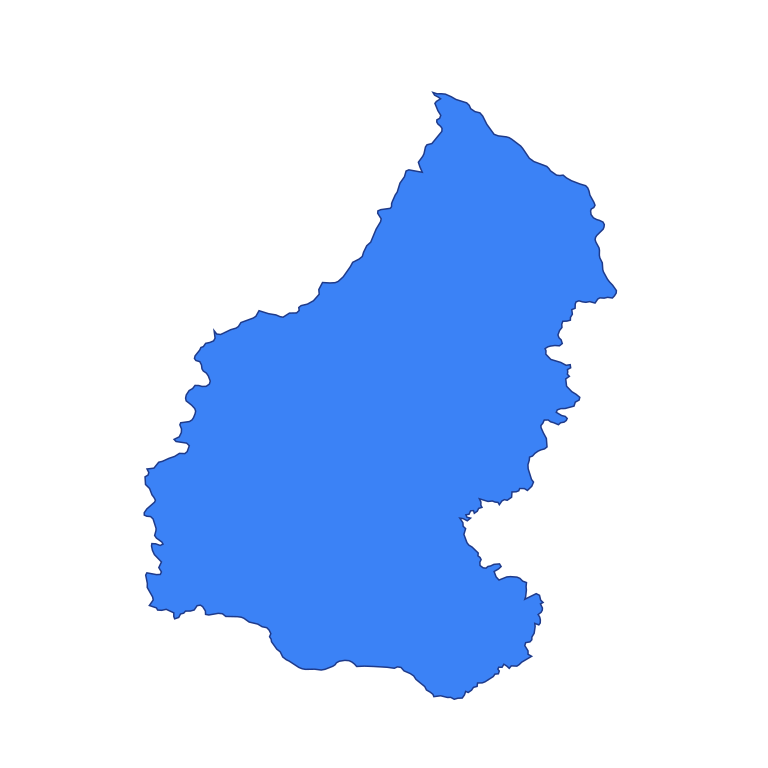 Pontal do Araguaia, Mato Grosso, Brazil, rotated 284°
{"feature_id": "56859067B86336317934865", "entity_name": "Pontal do Araguaia", "entity_type": "district", "adm_level": 2, "iso_a3": "BRA", "parent_name": "Brazil", "parent_adm1": "Mato Grosso", "projection": "equal_earth", "projection_center": [-52.708, -15.917], "detail": "fine", "context": "isolated", "style": "filled", "palette": "blue", "viewbox_px": 768, "rotation_deg": 284, "n_neighbors": 0, "source": "geoboundaries", "source_scale": "gbopen_adm2", "svg_char_len": 6149}
<svg xmlns="http://www.w3.org/2000/svg" viewBox="0 0 768 768"><g transform="rotate(284 384 384)"><path d="M322.3,194.9L319.8,196.1L316.9,202.5L314.4,206.3L312.1,207.8L309.5,207.9L305.2,207.3L302.7,206.4L300.5,204.3L297.2,196.1L295.0,195.8L291.4,198.4L287.9,199.1L283.2,198.1L279.5,193.7L277.9,196.1L278.9,206.8L277.0,210.0L270.8,209.4L268.3,207.6L267.2,202.3L263.1,198.4L259.9,193.4L255.3,187.6L253.6,184.3L246.7,181.1L244.2,174.6L241.2,177.2L238.6,177.1L236.1,174.6L228.8,176.9L225.9,181.8L220.3,185.7L218.3,188.2L216.0,190.3L213.9,190.0L205.4,184.1L201.1,182.5L198.8,183.1L198.3,185.8L198.9,189.6L197.2,192.6L188.7,197.8L186.5,198.2L181.5,198.1L179.4,200.5L176.9,206.7L175.2,208.3L173.2,205.9L173.7,201.1L173.0,197.4L170.6,197.6L166.5,199.6L162.9,202.5L157.5,211.1L151.4,209.9L147.8,213.5L145.1,213.0L144.0,209.4L143.4,199.6L140.9,199.0L133.3,202.6L129.3,203.5L121.4,211.0L118.6,212.3L112.3,209.9L111.7,217.4L109.9,219.0L110.6,223.0L112.7,227.2L111.1,235.4L107.5,236.3L105.5,237.7L107.8,241.3L111.6,242.2L113.2,245.1L115.6,246.3L116.9,251.1L118.8,254.5L123.7,256.3L125.0,259.4L124.1,261.9L120.6,265.6L117.3,266.6L117.5,269.9L121.4,278.7L122.0,282.8L120.2,286.7L122.8,298.2L123.2,302.0L122.8,304.7L120.4,310.7L120.5,319.6L119.0,324.5L119.2,329.2L117.4,332.1L114.4,334.6L111.1,334.1L109.1,336.2L106.7,337.2L100.8,344.1L99.0,348.1L94.6,351.8L92.8,356.0L92.2,359.0L88.4,369.9L87.9,373.5L88.1,376.7L90.5,385.7L91.3,392.3L92.9,395.8L97.8,402.7L99.8,404.5L102.0,405.3L104.2,407.7L106.4,412.9L107.1,417.1L106.4,420.3L105.1,423.2L103.3,425.8L105.5,433.2L107.4,442.2L109.9,455.5L110.7,462.8L112.8,465.5L113.1,469.1L110.5,472.8L109.4,479.5L108.0,483.4L105.1,486.5L100.3,496.7L97.4,499.2L96.1,503.6L94.7,506.6L92.7,508.0L95.2,514.4L95.2,521.4L96.1,524.6L95.1,528.4L97.0,531.7L98.2,535.9L101.8,537.3L105.5,537.6L105.0,540.3L108.1,543.0L111.3,544.2L113.1,547.5L116.5,547.1L117.8,551.7L119.5,554.1L126.6,560.8L129.3,561.8L130.5,565.1L133.4,565.3L134.9,563.4L137.0,563.9L137.7,567.1L141.1,568.1L140.0,571.4L138.4,574.3L141.3,575.7L142.4,581.2L144.5,583.1L147.4,584.9L155.5,593.1L156.6,589.2L159.9,588.3L164.2,583.9L167.3,584.0L169.1,588.0L171.6,589.3L174.2,588.7L178.5,590.0L185.3,589.3L188.2,588.2L187.7,592.5L189.9,593.4L192.9,592.8L195.5,591.5L197.6,589.3L200.5,591.7L202.9,592.3L205.0,591.9L208.5,589.0L210.5,591.2L212.2,588.3L216.6,586.0L217.4,582.4L209.2,572.7L211.8,572.9L218.6,572.0L221.7,570.9L225.8,570.3L226.3,566.2L228.3,562.9L228.8,559.7L227.7,553.3L226.5,549.8L221.6,543.0L224.0,539.4L228.7,536.2L232.3,539.9L235.2,541.8L237.4,539.6L235.6,534.3L233.2,531.4L232.1,529.0L230.0,527.5L229.6,524.7L231.1,521.1L234.3,520.1L237.1,520.7L238.9,519.2L240.0,516.7L242.8,516.3L247.1,508.9L248.2,505.3L250.1,502.9L257.4,497.9L263.4,498.2L265.1,495.2L268.5,494.1L272.2,490.0L272.5,493.5L271.4,497.9L274.8,500.4L274.8,496.7L276.9,495.1L278.2,498.0L281.9,498.7L282.8,501.5L280.4,502.9L283.2,505.3L286.2,505.9L288.0,508.9L289.8,507.3L292.9,506.6L295.7,504.3L295.2,513.3L296.7,517.5L296.3,520.2L296.7,523.3L294.8,525.1L299.0,526.7L300.9,528.7L301.0,531.7L305.0,535.2L310.2,534.3L311.4,538.3L313.0,540.6L315.4,540.9L316.5,545.5L315.4,548.9L320.5,552.1L325.0,552.8L327.1,550.2L336.6,544.4L340.5,543.2L345.2,543.4L348.3,542.9L350.0,545.5L353.2,547.2L356.1,549.7L358.0,552.1L359.9,555.5L362.4,557.4L370.5,554.7L375.2,550.4L379.7,546.9L381.7,546.3L384.4,547.6L387.8,548.2L388.8,552.1L387.6,554.8L387.5,558.0L386.7,563.1L389.1,564.7L390.6,568.0L392.7,569.7L394.9,570.1L396.4,567.7L396.4,564.0L398.2,558.0L400.8,558.4L402.9,561.5L404.0,565.6L408.5,573.7L412.7,574.0L415.6,577.2L418.4,577.2L420.5,572.9L422.0,568.1L426.0,561.7L432.9,559.1L436.3,562.0L437.9,559.5L440.0,559.4L442.4,558.5L444.9,561.2L447.8,560.0L446.2,556.2L447.7,550.3L448.2,539.9L452.1,533.8L455.5,533.1L457.3,531.7L459.7,534.0L461.1,536.4L462.7,540.5L463.5,545.0L466.4,547.2L469.7,545.2L471.2,542.6L473.7,540.9L478.3,541.4L481.9,543.0L485.0,542.0L488.1,542.3L489.3,546.3L491.0,549.4L493.8,548.8L497.3,549.9L501.6,548.2L503.7,551.1L507.9,550.2L510.1,550.5L511.9,553.0L511.7,556.7L512.1,560.1L513.7,563.6L513.6,569.2L518.2,570.9L519.8,572.6L520.6,576.9L522.2,580.0L522.7,584.8L525.3,586.3L528.4,587.3L530.9,586.9L535.2,581.9L537.6,578.1L539.8,575.4L545.9,569.8L547.9,568.6L554.4,566.5L558.6,562.9L561.0,561.8L565.9,560.7L568.1,559.7L573.0,555.2L575.2,553.9L577.4,553.8L579.6,554.5L587.3,559.2L589.5,559.5L592.0,559.2L594.1,557.3L594.9,553.5L595.0,550.6L595.9,547.0L598.5,543.9L601.9,542.6L604.0,542.8L606.0,544.9L608.5,545.5L611.1,543.7L617.1,538.1L620.9,536.2L623.6,534.2L625.2,531.7L625.5,525.6L626.6,516.6L628.1,511.2L630.0,507.3L628.8,504.2L628.4,500.9L631.1,494.0L633.0,491.8L634.5,489.3L636.1,475.6L638.2,470.4L646.2,461.5L648.0,459.0L652.4,448.7L653.3,445.8L653.4,443.0L652.4,434.8L652.9,430.4L660.9,420.9L667.8,415.0L670.3,411.5L670.3,406.4L672.1,401.5L675.0,399.3L676.8,396.2L677.5,385.0L679.0,379.8L680.1,373.4L679.5,369.4L678.4,365.3L678.7,361.0L676.5,363.2L675.5,367.2L674.4,369.9L670.9,366.5L668.6,365.5L662.2,370.2L658.4,374.1L655.2,373.7L653.1,371.4L651.0,371.8L649.3,373.4L647.7,376.6L646.0,378.5L643.1,379.0L628.9,372.3L626.5,367.8L624.0,366.9L617.2,367.1L614.3,366.5L607.5,363.7L603.2,366.4L598.7,369.9L597.8,356.3L596.0,353.9L590.0,353.7L582.8,350.9L573.4,350.4L570.2,349.2L563.4,348.0L561.0,347.7L557.9,348.4L556.0,347.6L552.4,338.7L550.5,336.2L548.1,336.6L543.6,341.3L540.6,341.4L532.4,338.9L518.4,336.8L514.0,333.8L506.9,332.3L502.5,332.1L499.2,329.6L494.5,324.2L489.8,323.0L478.1,318.5L472.4,314.7L470.5,312.1L468.9,306.9L467.6,299.8L459.9,297.9L455.4,299.4L447.7,295.4L443.0,290.4L440.0,284.6L437.6,282.8L434.8,283.9L431.8,282.0L429.9,275.1L424.4,269.9L424.2,266.8L424.9,262.4L424.3,255.0L424.9,245.0L418.7,243.3L416.4,241.2L409.0,230.3L404.5,228.8L402.4,226.9L399.6,222.1L392.5,213.5L392.0,209.6L394.6,206.3L387.6,209.0L384.6,208.2L382.2,205.0L380.3,201.1L376.6,199.7L375.1,197.5L372.4,197.0L365.6,193.9L362.9,193.9L361.3,195.8L361.1,199.9L358.3,202.3L354.7,203.7L352.9,205.5L351.6,209.0L349.4,211.5L344.8,214.7L341.7,214.6L338.7,212.0L337.6,208.0L337.7,204.6L336.9,201.0L333.3,199.4L330.5,196.5L325.6,194.8L322.3,194.9Z" fill="#3b82f6" stroke="#1e3a8a" stroke-width="1.5"/></g></svg>